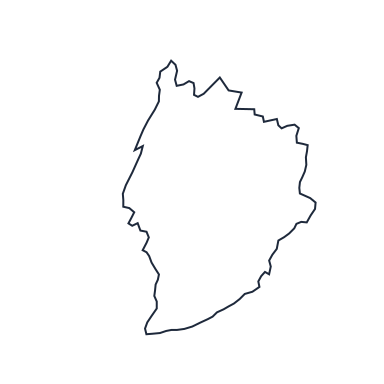 outline of Arabutã, Santa Catarina, Brazil, rotated 232°
{"feature_id": "56859067B92044230546448", "entity_name": "Arabutã", "entity_type": "district", "adm_level": 2, "iso_a3": "BRA", "parent_name": "Brazil", "parent_adm1": "Santa Catarina", "projection": "equal_earth", "projection_center": [-52.181, -27.135], "detail": "fine", "context": "isolated", "style": "outline", "palette": "slate", "viewbox_px": 384, "rotation_deg": 232, "n_neighbors": 0, "source": "geoboundaries", "source_scale": "gbopen_adm2", "svg_char_len": 1603}
<svg xmlns="http://www.w3.org/2000/svg" viewBox="0 0 384 384"><g transform="rotate(232 192 192)"><path d="M299.8,231.4L292.4,229.6L288.1,225.2L283.8,221.7L279.8,213.4L275.4,201.4L271.2,192.2L267.7,185.8L260.2,172.7L258.5,181.5L253.7,175.3L251.0,170.0L244.2,157.1L238.1,144.1L233.2,136.4L227.9,132.9L222.7,128.8L217.9,132.7L211.6,134.0L208.8,128.0L206.4,122.6L202.2,124.1L200.9,130.0L193.4,127.6L188.7,131.7L182.8,130.0L180.0,125.0L176.5,117.3L172.5,119.1L167.9,118.8L161.3,116.7L154.0,115.8L147.4,115.2L143.9,111.1L141.5,106.4L137.3,102.4L133.3,98.3L127.4,96.8L121.9,92.5L119.2,83.8L116.8,76.5L113.3,70.9L108.0,68.5L104.7,73.5L100.6,79.9L98.4,86.1L96.0,90.8L92.4,95.5L88.8,101.7L85.8,109.4L84.0,118.0L82.1,126.1L81.1,131.5L81.8,137.6L80.1,144.7L79.3,150.5L78.3,156.4L78.3,163.7L79.2,170.8L76.2,178.2L75.7,186.7L80.7,189.2L83.1,194.7L84.1,200.3L79.7,202.1L84.8,208.2L90.5,210.6L93.1,216.7L95.0,223.8L100.6,230.2L99.7,236.7L99.5,243.1L100.4,250.2L102.6,254.7L101.2,259.7L97.4,263.7L100.5,271.1L102.9,278.5L107.6,282.9L114.4,281.4L119.9,278.5L124.4,276.1L129.2,279.1L133.4,283.2L135.8,288.1L138.7,293.5L143.0,298.8L149.2,303.1L153.4,307.8L157.7,312.0L161.9,308.8L166.3,305.0L172.0,308.8L176.6,315.5L181.9,314.3L185.5,307.8L187.0,301.8L191.4,301.1L197.3,303.8L203.0,291.9L207.9,294.3L214.5,289.1L218.9,292.0L230.8,277.4L239.8,292.3L249.5,283.4L265.1,284.4L262.2,261.7L263.3,255.3L267.3,253.4L272.1,257.7L276.9,260.3L281.2,257.9L282.0,251.5L285.1,245.3L291.0,247.8L296.7,254.9L302.4,257.3L308.3,256.4L305.8,249.7L306.4,241.1L302.0,236.7L299.8,231.4Z" fill="none" stroke="#1e293b" stroke-width="2"/></g></svg>